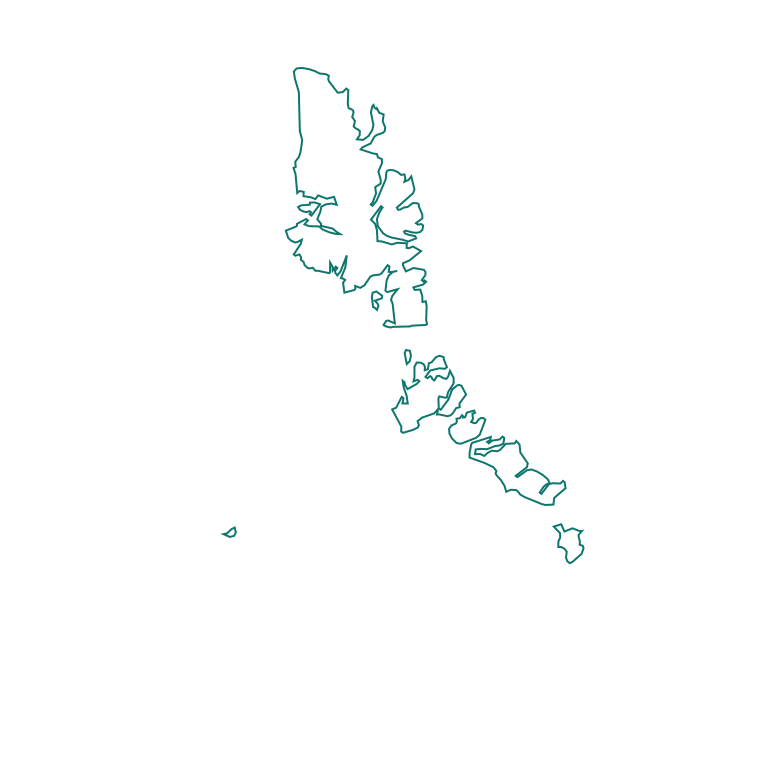 Eilean Siar, orthographic projection, rotated 307°
{"feature_id": "GBR-2772", "entity_name": "Eilean Siar", "entity_type": "Island Area", "adm_level": 1, "iso_a3": "GBR", "parent_name": "United Kingdom", "parent_adm1": "", "projection": "orthographic", "projection_center": [-7.062, 57.727], "detail": "fine", "context": "isolated", "style": "outline", "palette": "teal", "viewbox_px": 768, "rotation_deg": 307, "n_neighbors": 0, "source": "natural_earth", "source_scale": "10m", "svg_char_len": 6174}
<svg xmlns="http://www.w3.org/2000/svg" viewBox="0 0 768 768"><g transform="rotate(307 384 384)"><path d="M460.8,378.9L457.6,382.4L456.3,381.8L447.3,371.1L445.6,370.1L434.9,356.6L433.0,355.1L430.9,350.2L430.9,348.1L435.8,347.8L437.3,349.3L438.9,356.2L453.3,342.6L455.5,338.9L459.5,337.6L468.0,337.9L459.4,331.3L459.4,329.0L468.4,323.7L473.6,322.5L478.9,323.7L482.3,326.5L477.5,322.2L476.4,320.2L481.1,317.7L481.1,315.4L470.9,315.5L468.5,314.4L463.9,309.6L461.3,308.5L451.1,309.0L446.5,307.2L445.0,302.0L442.8,303.8L441.3,303.8L433.1,297.4L440.3,290.3L443.7,290.4L443.7,288.4L442.6,285.9L453.7,283.0L464.3,276.9L447.8,281.5L442.6,281.4L443.4,278.4L444.8,276.8L448.6,276.9L448.6,274.8L443.7,274.8L446.7,272.3L448.6,267.9L441.0,273.5L439.6,273.6L434.5,262.8L433.1,261.1L434.0,257.2L431.5,255.0L430.7,253.2L431.2,249.0L433.2,246.1L433.1,242.8L435.3,241.5L436.6,238.5L433.1,236.0L433.1,234.0L446.2,233.1L449.8,231.5L445.2,229.4L443.4,227.6L442.6,223.6L443.0,219.6L447.4,213.3L456.7,219.0L458.1,219.2L459.4,218.1L468.9,222.5L468.9,224.7L463.7,224.4L464.9,229.1L470.7,237.2L470.5,242.3L472.3,249.2L475.0,255.5L477.3,258.8L476.9,254.0L477.3,249.6L472.4,238.5L474.1,237.2L475.5,231.5L483.3,229.5L487.9,227.2L492.4,229.4L496.6,233.6L498.7,238.4L503.4,231.4L497.6,226.9L495.0,217.9L490.4,217.9L489.1,213.2L485.5,206.6L489.1,204.3L487.3,200.4L484.3,199.8L498.4,187.0L502.1,181.7L504.2,182.9L508.0,179.4L513.9,179.4L518.6,177.9L529.5,172.0L535.3,164.6L565.9,140.3L574.3,129.0L579.2,124.0L583.4,124.3L587.0,128.2L590.1,134.1L592.3,140.4L593.2,145.7L596.4,151.0L597.0,154.4L593.9,156.0L592.6,157.9L588.8,171.7L592.3,175.4L597.2,176.1L597.2,178.6L585.8,186.6L583.0,189.8L583.9,192.8L583.7,194.9L582.5,196.3L578.1,197.9L576.5,202.6L571.4,204.8L571.1,207.2L571.6,210.1L571.4,212.6L567.9,214.9L563.1,215.1L566.4,220.4L572.8,222.4L579.8,221.8L584.6,219.6L592.9,210.2L598.7,207.5L600.5,207.7L598.9,210.2L599.0,212.2L600.0,212.2L597.7,217.0L599.1,221.5L593.0,224.9L589.6,230.6L586.4,232.4L584.0,232.0L578.8,228.5L575.9,227.5L568.1,228.6L560.0,224.3L557.3,224.2L561.4,236.2L563.4,240.0L561.3,242.8L562.3,246.9L559.2,249.5L550.4,251.6L544.6,259.0L542.0,260.7L536.0,258.5L531.3,263.0L522.2,265.6L519.4,265.4L519.4,267.6L526.0,267.8L548.7,262.1L554.0,258.7L556.4,258.3L558.7,260.0L560.5,263.3L561.5,267.5L561.3,271.8L563.7,274.2L561.0,277.4L557.8,278.6L561.8,280.8L566.2,280.8L557.8,291.2L553.7,292.4L532.6,288.1L531.6,290.5L533.1,292.0L536.8,293.6L539.6,296.3L545.8,298.1L548.3,301.5L548.4,303.7L546.7,305.1L542.4,312.6L539.3,315.0L531.7,312.7L531.7,315.2L534.1,317.4L534.1,319.9L530.2,321.9L526.9,321.3L524.2,318.8L522.0,315.2L519.5,309.0L517.8,308.3L516.9,310.0L517.9,313.7L520.9,320.0L519.7,322.0L512.4,317.6L510.3,311.8L505.5,301.9L504.1,297.5L503.8,292.8L506.3,284.1L511.3,279.2L517.7,277.1L524.2,276.6L524.2,274.6L507.4,274.7L506.6,280.5L502.6,285.8L494.2,292.8L496.5,296.4L500.2,306.3L504.7,309.5L510.1,317.6L506.3,320.1L507.5,322.2L511.2,324.3L512.5,333.6L498.1,330.0L491.9,326.5L490.3,327.6L487.1,333.7L494.4,337.8L499.2,347.2L498.3,349.8L495.9,351.5L489.7,351.7L489.7,354.0L491.0,354.0L491.0,356.1L487.0,355.4L478.8,349.3L477.6,351.8L481.2,356.1L477.4,361.5L472.7,365.3L475.2,367.6L471.6,371.4L460.8,378.9ZM430.0,409.0L436.5,409.3L439.8,411.2L441.4,415.3L439.6,417.1L435.4,424.1L432.9,423.6L429.8,418.7L422.6,412.8L414.7,412.8L414.7,415.2L418.0,416.1L418.2,417.5L417.1,419.6L417.1,422.0L422.3,421.6L423.8,423.2L424.4,427.7L425.6,430.7L428.5,430.8L434.2,428.8L430.7,436.1L426.4,439.2L416.0,440.1L411.0,442.3L409.8,441.0L407.4,435.6L405.1,436.2L397.6,442.3L397.6,444.8L410.4,444.8L420.8,441.7L427.4,443.5L428.5,444.7L429.2,446.9L425.0,455.9L413.9,456.0L411.0,458.4L408.1,456.1L401.9,456.6L398.7,455.9L396.4,453.9L392.9,446.3L391.5,444.7L396.5,442.3L390.6,441.7L380.0,434.6L374.5,433.2L372.1,436.7L369.4,437.1L364.4,434.5L356.4,428.5L356.4,426.3L360.4,423.5L368.6,405.8L372.4,408.0L384.4,405.9L384.4,408.1L379.6,410.4L382.7,414.7L388.0,409.4L393.6,401.2L397.8,397.1L397.7,399.2L395.8,401.7L394.1,405.9L403.8,410.1L407.5,410.5L407.5,408.2L403.9,406.0L407.7,404.3L416.0,398.0L420.8,397.2L423.0,400.3L423.7,403.4L422.6,406.1L419.5,408.3L422.3,410.1L427.7,407.3L430.0,409.0ZM409.5,517.3L415.2,524.1L418.1,523.9L417.2,528.7L411.3,534.2L407.1,546.6L403.6,548.2L389.9,544.5L389.9,546.6L401.4,550.2L404.5,553.4L406.1,558.5L406.9,565.5L406.5,572.1L404.5,576.0L401.3,574.0L397.9,573.3L391.0,573.7L391.0,575.9L403.3,576.0L406.4,578.6L410.7,584.8L414.3,585.2L414.3,587.3L410.1,591.7L395.3,588.5L389.7,591.9L384.5,585.7L383.0,582.1L378.4,564.7L377.7,559.4L378.8,555.5L378.8,553.3L375.8,548.9L371.5,546.5L375.2,541.5L377.6,535.2L378.9,528.8L379.8,526.9L382.1,526.2L383.4,521.6L381.4,511.6L376.7,496.6L380.2,494.0L388.4,489.9L390.1,489.9L406.0,501.2L403.2,502.5L399.8,501.2L399.8,503.5L403.7,504.3L409.3,509.7L413.3,510.3L413.3,512.5L408.3,515.2L404.5,513.3L401.2,510.0L393.9,505.5L390.4,500.3L386.9,496.6L382.8,498.9L386.0,503.1L386.9,507.4L391.3,508.2L395.6,510.2L398.5,515.0L401.2,516.3L409.5,517.3ZM406.1,465.1L405.7,466.8L404.8,467.4L406.3,468.8L411.0,467.4L417.0,471.9L415.9,474.0L413.5,472.5L409.5,476.2L406.1,476.4L407.0,479.7L408.6,481.0L412.7,481.0L415.3,482.0L416.7,484.2L416.4,486.5L401.0,491.0L396.3,489.9L382.5,481.3L380.5,477.4L381.4,471.2L383.8,466.1L387.3,463.0L391.4,462.8L395.7,465.2L397.9,464.8L399.9,462.8L402.4,465.2L406.1,465.1ZM382.2,621.4L384.3,628.9L385.8,630.5L380.6,630.3L379.1,631.5L376.1,635.2L373.4,637.0L374.4,640.1L372.8,642.3L367.2,644.0L355.5,641.6L352.7,640.2L352.8,637.0L354.9,633.8L360.0,630.9L361.0,627.5L360.5,623.7L358.7,621.3L363.1,618.1L367.5,617.1L370.9,614.3L372.3,605.4L378.6,609.9L374.8,616.9L382.2,621.4ZM474.8,222.5L477.2,222.4L477.2,220.4L475.0,219.1L473.3,216.0L472.6,212.3L473.6,208.9L476.9,210.4L482.5,216.8L484.3,215.7L487.2,219.3L489.1,224.7L474.8,224.7L474.8,222.5ZM445.0,326.6L444.4,330.3L443.2,332.5L438.9,333.8L439.4,330.4L438.9,329.0L446.2,321.9L450.1,320.0L453.3,322.3L453.4,329.4L451.2,330.7L445.0,326.6ZM413.6,390.2L421.1,381.9L424.4,381.2L426.1,384.7L422.9,388.4L417.8,390.8L413.6,390.2ZM167.5,346.2L170.2,348.5L176.5,349.6L179.5,351.2L176.4,354.9L172.6,355.7L169.1,353.0L167.5,346.2Z" fill="none" stroke="#0f766e" stroke-width="2"/></g></svg>